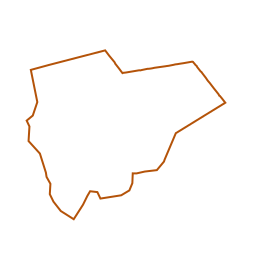 outline of Mamdi, Lac, Chad, rotated 170°
{"feature_id": "50815135B65244945482941", "entity_name": "Mamdi", "entity_type": "district", "adm_level": 2, "iso_a3": "TCD", "parent_name": "Chad", "parent_adm1": "Lac", "projection": "equal_earth", "projection_center": [14.379, 13.291], "detail": "fine", "context": "isolated", "style": "outline", "palette": "amber", "viewbox_px": 256, "rotation_deg": 170, "n_neighbors": 0, "source": "geoboundaries", "source_scale": "gbopen_adm2", "svg_char_len": 1272}
<svg xmlns="http://www.w3.org/2000/svg" viewBox="0 0 256 256"><g transform="rotate(170 128 128)"><path d="M213.6,202.1L212.8,169.3L219.6,156.8L226.5,152.9L224.8,146.6L228.2,132.4L219.2,118.1L216.6,98.3L216.6,98.2L216.7,94.0L214.1,86.5L216.5,76.4L214.2,68.4L208.6,57.9L197.3,47.6L185.6,60.3L179.8,68.2L176.3,72.3L169.3,70.2L167.4,63.3L146.4,62.9L137.5,66.3L133.3,72.9L131.2,82.5L127.6,81.8L119.0,82.2L106.9,81.5L98.4,88.7L97.5,90.4L81.8,114.6L27.8,136.0L29.5,139.2L30.5,141.1L32.0,143.7L32.3,143.9L32.5,144.0L32.7,144.7L33.0,145.6L36.6,152.2L37.3,153.6L37.8,154.5L39.7,158.2L40.8,160.0L41.5,161.3L42.5,163.6L45.1,168.6L45.5,169.4L46.0,170.5L46.6,171.0L48.9,175.3L49.3,176.1L49.4,176.3L49.6,177.2L50.5,178.2L51.3,179.7L52.1,181.0L52.5,181.8L53.0,182.1L53.7,182.2L62.2,182.2L66.2,182.3L68.6,182.3L69.5,182.4L70.8,182.4L72.2,182.3L72.3,182.3L77.2,182.2L79.1,182.3L80.3,182.3L91.6,182.7L93.3,182.6L95.1,182.6L97.1,182.7L97.7,182.8L98.4,182.9L104.7,182.7L105.5,182.6L105.8,182.6L106.1,182.7L107.0,182.9L120.5,183.0L122.1,183.1L122.4,183.1L122.7,183.2L123.9,183.0L125.1,185.3L126.6,188.3L128.2,191.3L129.2,193.2L129.3,193.3L129.8,195.1L132.8,200.4L134.0,202.5L134.4,203.3L136.6,207.6L137.0,208.4L195.0,203.8L213.6,202.1Z" fill="none" stroke="#b45309" stroke-width="2"/></g></svg>